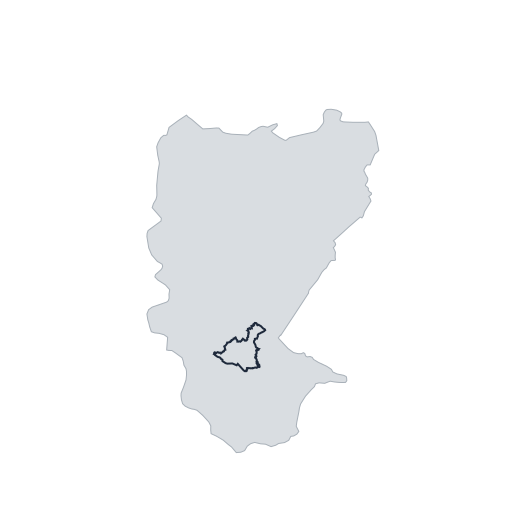 Tuy, Tuy, Burkina Faso shown in context, rotated 304°
{"feature_id": "67063806B52798800731394", "entity_name": "Tuy", "entity_type": "district", "adm_level": 2, "iso_a3": "BFA", "parent_name": "Burkina Faso", "parent_adm1": "Tuy", "projection": "natural_earth1", "projection_center": [-3.482, 11.43], "detail": "fine", "context": "in_parent", "style": "outline", "palette": "slate", "viewbox_px": 512, "rotation_deg": 304, "n_neighbors": 0, "source": "geoboundaries", "source_scale": "gbopen_adm2", "svg_char_len": 8437}
<svg xmlns="http://www.w3.org/2000/svg" viewBox="0 0 512 512"><g transform="rotate(304 256 256)"><path d="M364.7,320.6L353.4,321.1L349.3,322.5L346.8,322.5L346.7,321.3L346.4,320.6L332.1,316.7L322.1,314.3L311.9,311.7L311.3,314.1L309.9,315.7L307.7,315.8L306.2,315.4L305.1,317.3L303.5,319.8L301.1,321.1L298.8,322.6L297.5,323.9L296.6,324.0L294.2,320.8L291.2,320.5L285.4,321.0L282.8,320.1L279.2,319.7L270.9,320.4L257.5,319.1L255.3,319.8L254.7,320.3L241.5,320.5L226.9,320.7L214.7,320.8L204.0,320.9L204.0,320.4L200.6,320.3L200.2,321.4L197.2,334.2L196.9,341.1L198.5,345.4L200.3,348.2L202.3,349.3L202.5,350.9L200.9,352.9L201.0,354.9L202.9,357.0L203.4,359.3L202.4,361.6L202.7,367.2L204.1,376.1L204.2,381.9L202.8,384.5L203.5,389.0L206.1,395.4L206.5,398.1L205.6,399.3L203.4,401.0L201.2,400.9L198.6,397.1L197.5,395.3L195.4,391.4L193.7,387.5L191.3,385.8L188.9,384.2L186.1,379.2L183.3,376.8L180.4,377.5L176.1,376.6L167.5,375.4L158.3,375.7L154.5,376.9L150.7,378.7L141.1,382.7L137.3,384.6L134.5,389.6L131.2,389.5L127.9,387.9L125.9,385.7L121.5,386.2L117.3,384.0L113.2,379.6L110.2,378.2L106.4,375.1L105.3,369.1L102.9,364.9L100.7,359.1L97.4,356.5L93.5,355.1L88.3,355.4L84.8,353.1L82.0,349.6L82.8,346.7L84.0,342.5L84.2,338.5L85.0,331.9L84.5,323.8L83.6,318.1L86.5,315.7L89.9,313.5L92.0,309.7L94.1,301.0L95.1,293.4L94.4,290.7L93.3,288.4L92.4,285.2L91.9,281.2L92.5,277.8L95.1,274.6L98.3,271.9L100.5,270.6L106.6,269.3L114.1,267.3L118.4,265.0L121.6,262.8L123.4,261.0L125.2,257.3L128.1,254.5L130.3,251.6L130.6,243.7L130.6,239.1L129.0,236.6L128.1,234.5L139.2,228.2L139.3,223.8L137.7,218.9L135.6,215.0L134.7,211.6L137.8,207.5L140.6,204.5L142.6,202.0L146.9,198.0L151.5,197.0L155.6,198.5L167.8,207.7L169.9,208.3L172.4,207.6L175.7,205.2L179.8,203.3L181.4,197.1L181.2,188.0L182.1,183.9L184.3,183.1L191.4,184.9L193.2,185.0L195.2,184.4L196.7,182.8L196.6,179.9L196.3,177.3L198.6,168.9L202.7,162.6L211.1,154.7L213.8,153.1L216.8,152.3L231.9,157.7L234.4,156.4L238.0,142.9L242.1,141.7L247.0,141.4L250.2,140.3L251.8,139.3L259.0,134.2L271.6,127.3L278.4,124.3L279.8,123.2L284.6,118.2L291.0,112.6L295.2,111.5L300.8,111.0L304.4,112.0L305.4,113.6L306.6,114.4L314.0,112.0L324.7,115.8L333.9,119.6L333.3,122.0L333.3,126.2L332.5,132.9L331.6,140.8L335.5,146.0L340.0,151.6L341.3,153.7L340.1,159.2L340.9,162.4L343.4,167.8L347.5,174.6L351.7,181.6L354.6,182.5L357.4,183.1L359.1,184.3L361.6,185.5L364.0,186.3L366.2,187.9L367.5,189.3L369.3,193.7L374.1,196.5L377.4,199.3L376.1,200.8L371.9,200.2L368.1,198.9L367.5,201.0L367.4,208.9L368.1,215.5L369.0,216.4L372.9,217.6L382.2,226.2L390.7,234.3L393.5,236.4L398.2,237.2L403.4,237.5L405.7,236.8L410.7,232.7L413.4,232.2L415.9,232.3L417.2,233.0L419.7,236.3L422.0,241.3L422.6,245.1L422.4,247.0L421.7,247.8L417.5,248.8L415.7,249.5L415.3,250.6L415.9,253.1L416.8,254.7L421.3,262.0L427.9,271.7L430.0,274.2L428.8,277.2L425.5,284.8L423.1,288.0L412.1,298.8L406.7,297.5L395.4,299.7L393.7,297.2L391.0,296.9L387.8,297.3L386.6,298.2L386.2,299.3L385.1,300.8L383.0,305.1L381.4,306.2L379.4,306.8L376.9,306.8L375.5,307.3L375.4,309.4L375.0,311.3L373.4,312.2L372.7,314.3L372.8,316.3L371.8,317.2L369.7,316.7L368.4,316.2L367.2,318.8L365.8,320.6L364.7,320.6Z" fill="#d9dde1" stroke="#a8b0b8" stroke-width="1"/><path d="M168.2,280.6L167.9,280.7L167.6,280.6L167.2,280.9L165.6,280.9L164.4,280.7L163.3,280.2L163.2,280.3L163.1,280.5L162.9,280.8L162.8,281.2L162.3,281.6L162.1,281.9L161.8,282.1L161.6,282.5L161.3,282.7L161.1,283.0L160.7,282.7L160.1,282.5L159.6,282.5L159.3,282.7L158.9,282.7L158.7,282.6L158.5,282.4L158.4,282.2L158.2,282.2L158.0,281.9L157.3,281.9L155.9,281.5L156.0,281.4L156.1,281.1L155.9,280.3L155.3,279.9L155.3,279.6L155.0,279.2L155.1,278.9L154.9,278.0L154.4,277.7L154.0,277.5L153.5,277.5L153.3,277.4L152.9,277.2L153.1,276.4L153.2,276.1L153.1,275.9L153.0,275.6L152.8,275.6L152.7,275.5L152.2,275.5L151.9,275.7L151.6,275.9L151.4,276.0L151.2,276.0L151.3,276.5L151.1,276.8L151.0,277.1L150.9,280.0L151.0,280.5L151.0,281.0L151.1,281.3L151.4,281.8L151.7,283.3L151.2,284.3L151.1,284.7L151.1,285.0L151.3,285.9L151.3,286.1L150.1,287.0L150.1,287.6L150.2,289.9L150.1,290.5L150.7,292.4L153.7,296.5L154.6,301.1L156.4,301.2L154.3,309.6L154.2,311.0L154.6,311.4L154.7,311.7L154.8,312.1L155.4,312.3L155.5,312.5L155.8,312.5L156.1,312.3L156.2,311.9L156.6,312.0L156.7,311.8L157.1,311.7L157.5,311.5L157.8,311.3L157.9,311.7L158.1,311.9L158.5,311.7L158.6,311.8L158.5,312.1L158.7,312.5L158.9,312.5L159.0,312.8L159.4,313.3L159.5,313.5L159.7,313.8L159.7,314.1L159.8,314.3L160.0,314.5L160.3,314.9L160.7,315.4L160.7,315.5L160.9,315.6L160.9,315.8L161.2,315.9L161.2,316.1L161.4,316.3L161.5,316.5L162.0,316.8L162.5,317.1L163.0,317.7L163.2,317.8L163.3,318.1L163.7,318.6L163.7,318.8L163.8,318.8L163.9,319.2L164.2,319.3L164.8,319.7L165.2,319.5L165.4,319.8L165.9,320.0L165.9,320.3L165.7,320.3L165.9,320.9L166.3,320.8L166.5,320.6L166.4,320.6L166.4,320.3L166.5,320.3L166.8,320.3L166.9,320.2L167.3,319.7L167.3,319.4L167.4,319.2L167.5,319.1L167.7,318.7L167.4,318.1L167.2,318.3L166.9,318.4L166.6,318.1L167.0,317.7L167.0,317.4L167.2,317.2L167.3,317.3L167.3,317.2L167.5,317.3L167.8,317.2L168.0,317.2L168.0,316.9L167.8,316.8L167.7,316.6L168.2,315.9L168.5,315.6L168.8,315.8L168.5,316.0L168.8,316.5L168.8,316.9L169.0,316.8L169.1,316.0L170.0,314.8L170.5,314.5L170.8,313.8L171.0,313.6L171.0,313.4L171.2,313.2L171.2,312.9L171.1,312.5L171.3,312.1L171.5,312.1L171.8,311.9L172.4,312.5L173.0,312.5L173.2,312.4L173.6,311.7L173.7,311.3L173.8,310.9L174.6,310.9L175.2,311.1L176.1,310.7L177.0,309.9L177.3,309.6L177.6,309.0L177.8,308.9L178.1,308.9L178.3,309.0L178.7,309.3L178.7,309.5L178.9,309.5L178.9,309.9L179.0,309.9L179.1,310.2L179.3,310.3L179.5,310.4L179.5,310.1L179.8,309.7L180.2,309.8L180.4,309.9L180.3,309.6L180.5,308.6L180.3,308.1L180.3,307.4L180.5,306.8L180.7,306.5L181.9,305.3L182.2,304.8L183.2,302.7L183.4,302.5L183.7,302.3L184.7,301.9L185.9,302.0L186.3,301.7L186.7,301.4L187.6,302.3L187.9,302.7L188.0,303.0L188.5,302.9L189.1,302.7L190.5,302.5L191.2,301.8L191.7,301.6L192.0,301.6L192.7,301.7L193.2,301.9L193.6,302.3L193.9,302.5L195.3,303.1L195.9,303.6L196.2,303.6L196.4,303.8L196.9,304.1L197.1,304.2L197.6,304.5L198.3,304.8L198.6,304.9L199.0,304.8L199.5,305.0L199.6,304.9L199.7,305.0L199.9,304.8L200.1,304.3L200.1,303.7L199.9,302.7L200.0,302.1L200.3,300.8L200.3,300.4L200.6,299.3L200.6,298.7L200.4,297.8L200.5,296.6L200.4,296.5L200.1,296.2L199.9,296.2L199.5,296.1L199.4,295.9L199.5,295.5L200.0,295.1L200.2,294.7L200.4,294.3L200.5,293.7L200.2,293.0L199.9,292.6L199.6,292.6L199.6,292.4L199.4,292.4L199.2,292.6L198.9,292.7L198.7,292.5L198.5,292.3L198.3,292.1L198.0,292.0L197.8,292.2L197.8,292.3L198.1,292.8L198.1,293.0L197.7,293.1L197.3,293.0L197.2,293.0L196.9,292.7L196.7,292.7L196.7,292.4L196.5,292.0L195.9,291.6L195.7,291.5L195.7,291.9L195.7,292.2L195.1,291.8L194.8,291.8L194.4,292.2L194.1,292.2L194.0,292.6L193.7,292.7L193.8,292.9L193.7,293.0L193.6,292.8L193.4,292.5L193.4,292.3L192.9,292.1L192.6,292.1L192.3,292.1L192.2,291.5L192.2,291.4L192.5,291.2L192.5,290.9L192.0,291.0L191.8,290.7L191.6,290.5L191.5,290.4L191.3,290.7L191.1,290.7L190.9,290.2L190.5,290.5L190.2,290.4L189.8,290.5L190.0,290.9L189.9,291.3L189.6,291.4L189.4,291.2L189.4,291.3L189.3,291.6L189.2,291.8L189.1,292.1L188.9,292.2L188.8,292.6L188.4,292.7L188.5,292.8L188.4,292.9L188.2,292.9L187.9,293.0L187.7,293.1L187.6,293.3L187.4,293.4L187.1,293.3L186.8,293.5L186.7,293.6L186.2,293.7L185.8,293.8L185.5,294.1L185.2,294.1L185.0,294.3L184.8,294.6L184.7,294.6L184.4,294.8L183.9,294.6L183.7,294.6L183.4,294.4L183.2,294.4L182.5,294.9L182.2,295.2L182.1,295.3L181.9,295.5L181.5,295.4L180.8,295.4L180.6,295.3L180.4,295.2L180.3,294.8L179.9,294.6L179.6,294.2L179.6,293.9L180.0,293.6L180.1,293.4L179.9,293.0L179.9,292.5L180.0,292.2L180.1,291.4L179.5,291.4L179.3,291.5L178.9,291.5L178.7,291.2L178.2,291.3L177.2,291.3L176.2,290.9L176.3,290.4L176.2,290.2L175.4,289.5L175.2,289.4L174.6,288.4L174.8,288.3L175.2,288.2L175.5,287.8L175.7,287.5L175.8,286.9L175.8,286.6L176.0,286.2L176.2,285.9L176.3,285.7L176.6,285.4L176.9,285.0L177.0,284.8L177.1,284.6L176.7,284.4L176.5,284.6L176.0,284.5L175.4,283.9L175.2,283.7L175.1,283.8L175.0,284.0L174.8,284.0L174.8,283.9L174.6,283.9L174.3,283.7L173.9,283.6L173.6,283.4L173.6,283.5L173.3,283.4L173.5,283.3L173.4,283.2L172.8,283.1L172.3,282.8L171.9,283.0L171.6,283.1L171.3,283.0L171.5,282.8L171.4,282.7L171.2,282.8L171.0,282.6L170.6,282.7L170.5,282.4L170.4,282.4L170.3,282.6L170.2,282.6L169.9,282.4L169.6,282.1L169.5,281.9L169.2,281.8L169.1,281.7L168.4,281.1L168.2,280.6Z" fill="none" stroke="#1e293b" stroke-width="2"/></g></svg>